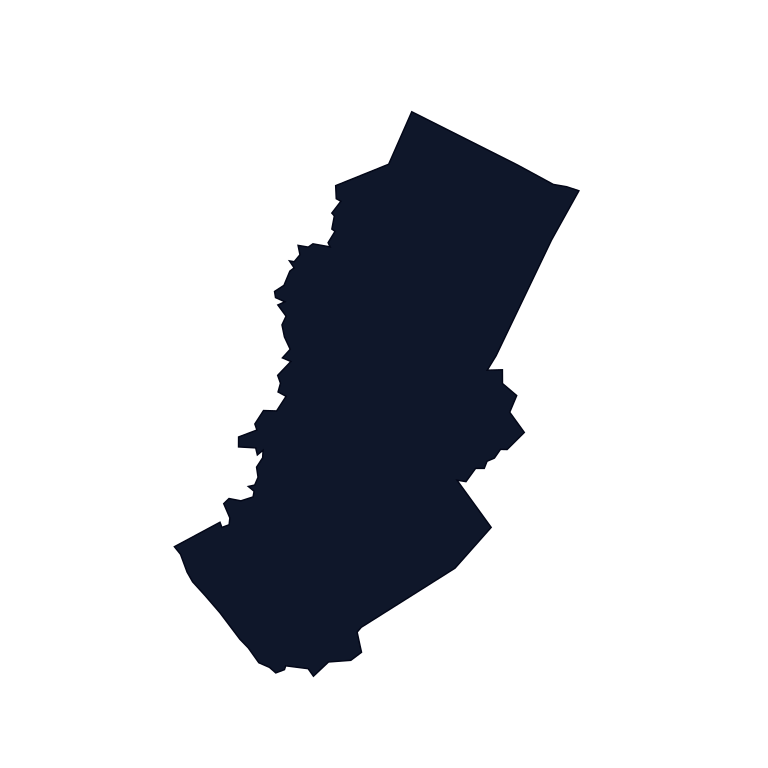 the district of Talofofo, Guam, rotated 143°
{"feature_id": "77769853B17205204900927", "entity_name": "Talofofo", "entity_type": "district", "adm_level": 2, "iso_a3": "GUM", "parent_name": "Guam", "parent_adm1": "", "projection": "orthographic", "projection_center": [144.734, 13.336], "detail": "fine", "context": "isolated", "style": "filled", "palette": "ink", "viewbox_px": 768, "rotation_deg": 143, "n_neighbors": 0, "source": "geoboundaries", "source_scale": "gbopen_adm2", "svg_char_len": 1407}
<svg xmlns="http://www.w3.org/2000/svg" viewBox="0 0 768 768"><g transform="rotate(143 384 384)"><path d="M112.1,421.0L119.4,431.6L128.7,441.5L145.6,478.6L198.0,584.7L248.0,556.7L303.2,571.5L310.6,560.7L308.4,555.9L322.8,551.9L322.5,548.1L332.4,539.1L331.2,535.4L343.6,530.5L344.5,525.9L356.4,538.7L362.1,538.9L369.2,546.4L373.3,537.8L382.1,535.7L385.4,539.2L385.9,530.8L391.2,530.8L404.5,523.0L415.7,523.8L418.6,518.3L413.7,509.3L421.2,511.0L421.4,497.1L429.9,492.6L435.2,481.5L438.0,468.2L449.4,466.0L444.8,458.0L463.7,454.9L466.2,446.9L473.4,441.4L469.6,433.1L486.0,427.1L496.2,435.3L511.2,429.8L513.2,423.7L532.0,429.2L538.0,421.3L524.9,410.2L527.8,403.6L520.4,403.9L525.3,398.1L535.8,394.3L540.7,385.3L548.1,381.1L554.0,383.8L552.3,376.5L556.5,372.6L568.6,376.8L576.7,385.8L584.0,384.9L587.7,369.8L592.4,364.8L599.8,367.0L598.2,372.3L649.3,380.2L649.0,370.4L654.5,352.1L654.6,351.1L655.9,341.2L654.2,322.8L652.7,299.9L652.7,266.9L651.2,255.0L651.7,236.7L646.0,226.6L644.3,218.4L635.4,215.8L632.1,218.1L615.9,202.3L616.2,193.1L595.6,195.4L576.8,183.3L563.4,183.3L560.6,189.5L554.8,202.0L548.6,203.4L497.2,199.1L438.1,194.2L384.7,205.0L383.6,263.3L377.3,256.7L361.6,261.5L354.7,256.3L348.2,260.3L340.4,258.4L330.3,261.7L325.1,257.6L301.1,260.9L300.6,285.8L285.0,294.9L289.1,313.1L280.9,324.1L293.3,332.9L277.5,339.1L163.5,398.2L112.1,421.0Z" fill="#0f172a" stroke="#020617" stroke-width="1.5"/></g></svg>